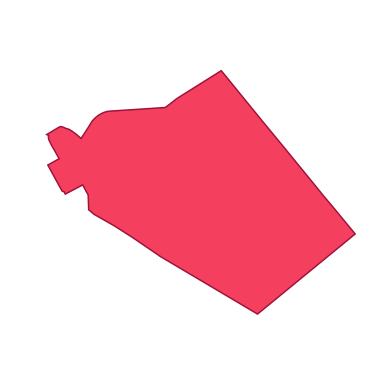 Tevragh Zein, Nouakchott, Mauritania, rotated 141°
{"feature_id": "47542326B736390613482", "entity_name": "Tevragh Zein", "entity_type": "district", "adm_level": 2, "iso_a3": "MRT", "parent_name": "Mauritania", "parent_adm1": "Nouakchott", "projection": "mercator", "projection_center": [-15.996, 18.127], "detail": "fine", "context": "isolated", "style": "filled", "palette": "rose", "viewbox_px": 384, "rotation_deg": 141, "n_neighbors": 0, "source": "geoboundaries", "source_scale": "gbopen_adm2", "svg_char_len": 785}
<svg xmlns="http://www.w3.org/2000/svg" viewBox="0 0 384 384"><g transform="rotate(141 192 192)"><path d="M268.8,328.1L267.8,326.2L269.1,325.1L270.4,322.6L271.5,318.0L274.3,301.5L287.1,303.7L292.4,274.5L291.3,272.6L291.8,270.1L272.5,266.3L274.6,255.0L283.5,243.2L282.2,236.3L273.5,214.0L266.8,193.9L257.1,161.5L217.9,55.9L91.6,56.7L91.9,91.6L92.2,105.7L92.2,115.3L92.4,171.1L92.7,201.9L92.9,267.9L134.2,272.9L138.4,273.4L141.0,273.7L146.0,274.2L151.0,274.2L159.6,274.5L188.1,294.6L204.3,306.1L207.4,308.1L210.8,309.4L213.2,310.0L216.3,310.5L220.5,310.5L224.7,310.0L234.3,306.7L244.5,303.4L245.6,309.7L247.1,315.2L247.9,317.7L249.5,320.2L250.3,321.3L250.8,322.6L252.4,325.1L253.2,325.7L255.5,326.2L268.6,328.1L268.8,328.1Z" fill="#f43f5e" stroke="#9f1239" stroke-width="1.5"/></g></svg>